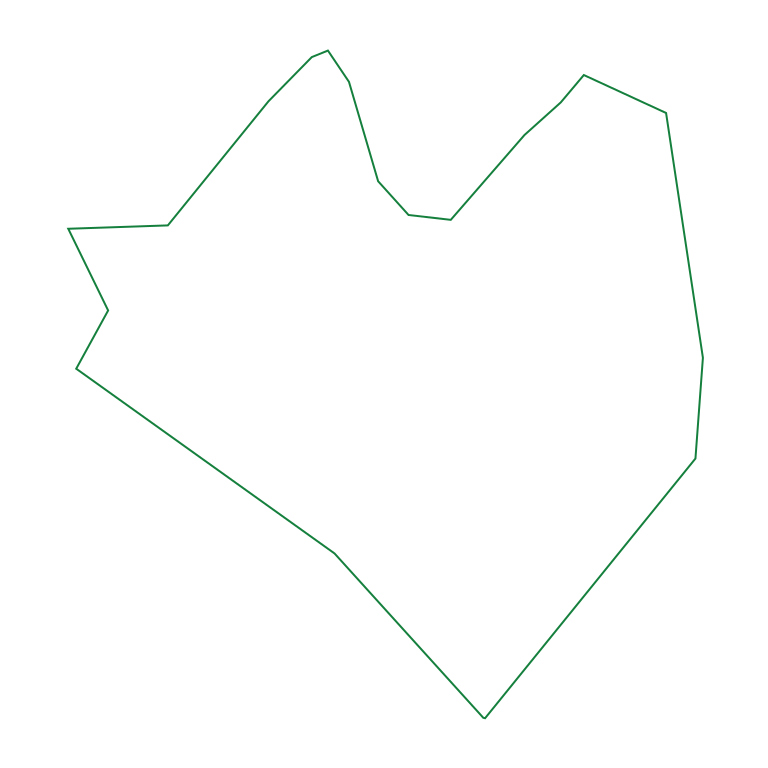 the Municipality of Radenci, rotated 181°
{"feature_id": "SVN-930", "entity_name": "Radenci", "entity_type": "Municipality", "adm_level": 1, "iso_a3": "SVN", "parent_name": "Slovenia", "parent_adm1": "", "projection": "albers", "projection_center": [16.055, 46.625], "detail": "fine", "context": "isolated", "style": "outline", "palette": "green", "viewbox_px": 768, "rotation_deg": 181, "n_neighbors": 0, "source": "natural_earth", "source_scale": "10m", "svg_char_len": 414}
<svg xmlns="http://www.w3.org/2000/svg" viewBox="0 0 768 768"><g transform="rotate(181 384 384)"><path d="M106.7,659.9L65.6,415.8L71.3,314.9L277.1,51.6L278.9,52.0L430.5,213.7L692.0,393.9L661.1,452.7L702.4,533.7L602.9,538.8L504.4,664.7L461.9,709.6L445.9,716.4L424.3,685.5L393.4,586.6L362.4,553.4L320.1,549.3L247.9,635.4L212.2,668.6L189.6,696.4L106.7,659.9Z" fill="none" stroke="#15803d" stroke-width="2"/></g></svg>